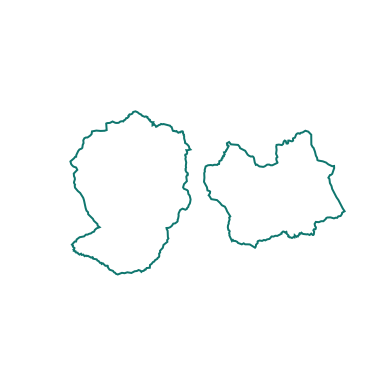 Ubalá, Cundinamarca, Colombia, rotated 323°
{"feature_id": "7082276B3208116605104", "entity_name": "Ubalá", "entity_type": "district", "adm_level": 2, "iso_a3": "COL", "parent_name": "Colombia", "parent_adm1": "Cundinamarca", "projection": "natural_earth1", "projection_center": [-73.441, 4.757], "detail": "fine", "context": "isolated", "style": "outline", "palette": "teal", "viewbox_px": 384, "rotation_deg": 323, "n_neighbors": 0, "source": "geoboundaries", "source_scale": "gbopen_adm2", "svg_char_len": 6046}
<svg xmlns="http://www.w3.org/2000/svg" viewBox="0 0 384 384"><g transform="rotate(323 192 192)"><path d="M164.7,85.7L161.1,91.2L158.9,90.4L155.7,88.2L152.6,85.4L148.6,83.4L146.7,85.3L144.8,85.7L141.4,85.6L140.0,84.6L138.4,84.3L136.3,85.3L134.8,87.7L133.1,88.6L131.0,90.7L130.0,90.9L127.7,90.3L125.8,90.8L121.8,92.9L120.7,94.1L119.8,93.6L118.0,94.1L113.3,94.4L112.3,97.0L112.3,98.4L112.6,100.3L114.2,102.7L113.7,105.3L108.7,106.1L107.3,108.3L106.9,110.1L106.1,111.4L103.6,113.2L103.1,114.3L103.0,115.8L102.1,116.4L101.2,118.1L101.4,122.5L102.1,125.5L101.6,131.2L100.8,133.5L97.4,140.8L96.5,143.4L96.8,145.6L95.7,147.3L96.7,153.8L96.3,155.9L97.2,160.6L96.4,162.1L97.0,164.5L93.9,163.6L91.6,163.8L90.0,164.7L88.3,164.2L86.2,164.2L84.8,163.5L83.0,163.2L81.6,162.2L79.1,162.5L75.0,160.5L71.3,160.5L69.6,161.8L68.5,161.0L64.4,161.8L64.7,163.1L64.1,163.6L64.0,164.5L64.4,166.0L63.5,166.7L62.7,166.7L62.7,167.4L62.3,167.8L62.8,168.1L62.8,169.2L63.3,169.4L63.0,170.6L64.1,171.6L64.0,172.6L64.5,174.3L66.2,174.5L66.1,175.9L67.5,176.6L67.6,178.6L69.1,179.0L69.5,180.0L70.4,180.3L71.9,183.6L73.4,184.2L73.4,184.6L72.8,184.8L72.9,185.8L75.3,188.4L75.2,189.8L75.9,191.1L75.9,193.2L77.0,194.1L76.6,195.1L77.9,195.4L78.4,198.8L80.2,200.1L80.2,200.6L79.5,201.3L79.4,204.4L81.4,207.4L81.4,209.2L82.0,210.2L82.0,211.5L83.1,213.2L87.4,214.4L89.3,216.3L92.0,217.2L94.9,220.2L98.5,220.8L100.4,221.9L102.4,222.2L103.5,223.9L103.5,225.3L104.4,225.2L106.1,225.9L107.5,225.5L108.1,226.1L110.0,225.4L112.7,227.1L114.6,225.0L116.4,225.1L118.6,224.5L120.0,224.8L121.4,224.2L124.0,224.5L124.9,224.0L126.2,224.1L127.3,223.5L128.7,221.4L130.2,221.1L131.1,219.7L135.1,219.0L137.4,217.1L142.3,217.0L143.2,215.5L145.2,214.9L145.6,213.5L149.2,208.3L149.5,206.3L150.0,205.4L151.6,206.5L153.5,207.0L155.5,206.9L158.0,206.0L159.7,206.9L162.3,206.9L163.2,206.5L163.7,205.6L164.8,205.0L167.0,203.0L167.7,201.8L168.8,200.8L171.7,199.3L174.4,199.6L176.1,202.2L177.7,202.4L178.6,201.8L180.0,201.7L181.3,200.6L183.3,199.9L184.4,199.0L186.4,197.1L187.2,195.3L188.0,193.4L187.9,191.5L189.4,188.6L189.2,187.4L187.5,184.5L187.7,182.9L190.4,180.9L194.4,180.3L196.6,176.4L198.1,175.6L198.6,176.0L199.1,175.7L199.9,174.5L199.5,173.0L199.8,171.0L200.5,170.4L200.6,169.7L201.9,169.0L202.7,167.5L205.2,164.9L206.7,161.5L208.1,160.4L208.7,158.4L209.4,158.1L210.4,158.6L211.4,158.1L212.1,157.3L212.7,155.3L213.5,156.0L216.3,157.1L216.1,155.7L216.9,153.9L217.0,152.7L216.7,150.5L216.0,148.6L216.8,147.5L218.0,144.4L219.4,142.6L219.5,141.7L220.1,141.3L220.0,140.1L220.5,139.0L220.9,138.8L221.0,137.9L219.8,137.1L218.7,137.4L217.8,136.5L217.0,136.6L216.4,135.7L216.3,134.0L215.1,133.5L214.8,132.7L213.7,132.0L213.6,131.4L214.8,127.9L214.3,126.8L214.4,125.9L210.2,120.6L209.5,120.4L208.2,119.0L207.6,119.2L205.8,118.6L202.9,118.5L202.5,118.2L202.9,117.2L202.4,115.8L202.5,115.2L200.6,115.0L201.6,113.6L202.5,113.6L203.2,113.0L202.0,112.1L201.3,110.7L201.3,109.7L201.8,109.0L201.1,108.2L201.4,107.3L201.0,105.7L201.5,105.2L200.7,103.9L199.5,103.5L198.1,101.2L197.9,100.2L198.1,99.7L197.0,97.7L196.5,95.5L195.4,93.6L193.2,92.7L191.5,93.5L189.3,93.0L188.8,92.4L187.0,92.9L186.9,93.7L184.9,94.0L183.9,93.4L182.2,94.1L181.2,93.8L179.6,94.3L179.0,93.5L177.2,92.6L175.1,92.6L173.6,91.7L172.4,90.6L171.0,87.9L168.0,87.4L165.7,85.9L164.7,85.7ZM249.2,174.1L248.2,176.0L249.0,176.8L248.9,177.4L245.1,179.2L244.3,179.2L243.8,179.8L242.6,180.1L241.4,179.6L240.7,181.7L239.6,181.8L239.0,182.6L238.2,182.1L237.8,182.6L236.9,182.7L236.5,183.5L235.4,183.5L234.7,184.3L232.4,183.8L230.5,185.9L229.4,185.3L228.6,185.6L226.1,183.6L224.6,183.2L223.3,181.8L220.9,180.3L218.3,179.8L215.3,182.1L214.8,183.2L213.1,184.3L210.5,188.1L207.7,191.1L206.8,197.2L205.3,200.0L206.6,201.9L206.7,202.6L205.7,203.7L203.3,204.7L203.5,205.8L203.1,209.3L207.1,213.5L207.8,217.4L207.9,220.6L209.4,223.5L209.1,225.9L208.4,228.6L207.9,234.5L206.3,234.8L205.5,236.6L203.0,238.3L202.3,239.4L200.7,240.3L199.4,241.7L198.2,244.2L198.6,245.3L198.4,246.1L196.9,247.1L196.6,248.2L195.7,249.2L194.4,255.2L195.8,254.9L195.9,256.2L197.1,257.1L198.1,259.0L198.1,260.4L200.3,263.8L202.4,264.1L202.9,265.7L206.6,268.6L208.8,274.4L209.9,274.1L211.5,272.6L213.7,272.3L214.6,271.0L215.0,270.9L216.8,271.4L218.5,273.2L220.6,273.6L221.5,274.8L223.3,275.0L225.7,276.1L228.8,275.4L230.4,276.7L232.2,277.1L233.7,278.4L238.5,279.2L238.9,278.5L241.0,278.4L241.6,279.1L242.0,280.3L243.4,280.6L243.3,281.0L242.4,281.2L242.9,284.9L242.1,285.4L242.6,286.9L243.1,287.1L244.2,288.9L246.0,289.1L246.5,289.9L248.0,288.3L248.4,290.6L249.5,290.6L249.8,291.2L251.4,290.6L252.2,290.7L252.8,289.8L253.4,289.8L253.9,290.7L254.9,290.4L255.4,292.3L258.0,294.8L259.0,295.3L260.1,297.1L262.2,297.0L262.5,298.9L263.0,299.3L263.7,299.2L265.6,297.3L265.9,295.6L267.1,295.2L268.1,296.0L268.6,295.9L269.7,294.8L269.8,293.2L270.7,291.3L272.9,290.4L275.1,292.4L277.7,293.1L279.4,294.4L282.8,294.0L283.5,293.6L284.7,293.8L287.3,295.6L289.5,298.5L291.3,299.0L292.4,300.0L294.2,299.5L296.2,300.6L298.3,299.9L299.5,298.9L302.3,299.2L302.5,295.8L304.1,286.5L304.2,283.3L305.8,273.9L307.0,271.2L307.5,267.9L309.6,264.3L309.5,262.7L312.4,261.5L313.5,262.0L314.9,261.9L319.9,258.5L321.1,256.7L319.5,255.8L317.5,252.0L316.8,249.2L314.9,246.2L311.8,242.9L311.4,241.9L312.5,239.9L312.8,237.6L314.5,233.7L315.6,230.0L315.4,228.6L315.8,226.0L321.7,218.0L321.2,213.8L319.4,211.3L316.1,211.0L314.2,210.1L313.2,210.4L312.1,208.9L310.9,208.6L309.7,208.8L307.0,210.5L304.9,210.0L303.7,211.8L302.7,211.8L302.0,211.4L300.5,209.3L299.8,208.9L298.3,210.7L297.5,210.9L296.7,210.2L297.5,207.6L297.0,206.7L295.7,206.9L293.6,208.5L292.0,208.6L289.9,206.4L287.9,205.3L286.6,206.4L284.9,209.3L282.1,212.1L281.4,215.2L281.1,215.6L279.9,215.6L279.1,216.4L278.4,217.9L278.1,219.8L277.7,220.1L272.2,219.0L271.0,218.1L270.1,216.5L268.5,215.4L265.4,215.3L264.0,214.8L261.2,212.1L260.3,209.1L259.3,208.8L259.9,206.2L261.9,202.2L262.1,200.7L261.7,199.9L260.4,199.2L259.4,197.5L258.9,195.7L259.3,191.1L256.8,186.0L257.3,184.2L257.1,182.1L251.8,177.4L251.7,174.4L249.2,174.1Z" fill="none" stroke="#0f766e" stroke-width="2"/></g></svg>